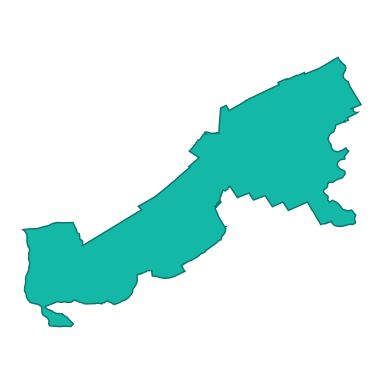 the district of Pastraveni, Neamt, Romania
{"feature_id": "2599482B84258417369440", "entity_name": "Pastraveni", "entity_type": "district", "adm_level": 2, "iso_a3": "ROU", "parent_name": "Romania", "parent_adm1": "Neamt", "projection": "robinson", "projection_center": [26.551, 47.154], "detail": "fine", "context": "isolated", "style": "filled", "palette": "teal", "viewbox_px": 384, "rotation_deg": 0, "n_neighbors": 0, "source": "geoboundaries", "source_scale": "gbopen_adm2", "svg_char_len": 5959}
<svg xmlns="http://www.w3.org/2000/svg" viewBox="0 0 384 384"><path d="M23.0,229.6L24.4,230.8L25.8,232.5L27.2,235.7L26.9,237.4L27.2,238.3L26.9,241.1L27.2,241.9L27.2,242.9L27.6,245.0L28.7,247.6L29.2,247.9L29.7,249.2L29.4,251.2L28.6,253.9L28.8,254.6L28.8,256.1L28.5,259.1L28.5,259.5L28.9,259.9L29.7,262.0L29.5,264.3L29.0,267.1L28.7,267.8L29.3,268.2L28.6,270.3L28.2,270.6L27.8,272.7L25.9,276.3L25.9,278.2L25.5,279.2L25.7,280.8L25.7,281.9L25.4,283.4L25.5,284.0L24.9,285.9L24.6,289.2L24.5,291.2L25.1,292.1L25.5,292.5L26.0,293.4L26.3,295.1L26.3,295.9L26.5,296.7L27.8,299.8L30.4,302.5L31.6,302.9L34.4,303.6L37.6,304.2L38.5,304.5L39.8,305.5L41.4,306.5L41.8,308.3L42.0,312.5L42.4,313.9L42.8,314.7L43.6,315.5L44.8,316.0L47.7,318.1L49.2,321.2L48.7,323.0L48.7,323.7L49.2,324.7L49.4,325.4L49.6,325.7L56.8,326.4L59.9,326.6L64.4,326.2L71.0,326.5L73.4,323.8L68.7,319.3L66.9,317.1L65.1,316.2L61.8,313.7L56.6,313.5L53.2,312.0L52.4,311.3L52.2,310.9L46.9,309.0L44.8,306.6L53.7,303.1L54.9,302.7L56.8,301.8L57.4,301.7L60.8,302.3L65.0,301.8L67.1,302.3L71.4,302.1L74.6,299.9L78.2,301.7L83.1,303.1L84.3,303.7L85.7,303.9L94.9,303.6L95.6,303.5L96.5,303.1L100.4,303.5L101.8,303.9L102.7,302.8L104.0,302.9L107.2,300.8L107.6,300.7L108.2,301.4L108.9,301.8L111.4,302.8L113.8,304.4L114.6,304.4L118.0,303.2L120.2,302.2L121.7,301.2L125.2,299.9L128.8,297.4L129.6,296.4L130.0,295.6L131.9,293.6L132.7,291.4L132.4,290.3L133.0,289.5L133.0,288.8L134.2,287.4L134.4,286.9L134.9,286.3L136.3,283.9L137.0,282.1L137.2,280.0L137.1,276.1L137.8,274.6L137.6,274.1L137.8,273.9L140.5,274.1L143.7,272.5L145.6,271.9L146.8,271.0L147.7,270.7L150.1,270.6L151.8,270.7L151.8,271.3L151.9,273.3L152.3,275.1L152.3,276.0L156.8,276.4L160.0,277.5L162.0,277.9L165.9,278.2L168.6,278.1L173.6,276.7L178.4,274.5L182.4,272.4L184.9,271.4L181.3,265.6L188.7,261.2L192.8,259.6L194.8,258.2L196.0,257.7L197.3,256.8L199.3,255.4L199.5,254.8L201.4,253.5L203.8,252.6L205.0,251.8L205.6,251.1L205.7,250.7L216.3,243.0L217.4,241.8L218.5,241.0L220.5,239.6L220.9,239.8L221.7,236.8L224.5,233.3L225.2,231.7L225.3,231.0L225.9,228.6L224.7,227.5L225.6,226.8L224.9,226.9L224.5,226.6L219.4,218.1L218.1,215.6L217.4,213.5L215.8,210.3L215.1,208.5L215.4,208.3L215.5,207.8L214.9,206.7L215.5,206.8L216.1,207.4L216.4,207.4L216.9,206.6L216.8,206.1L216.3,205.8L216.0,205.5L216.5,205.3L217.4,205.7L217.9,205.5L218.3,205.0L218.2,204.6L216.8,203.4L216.9,203.1L217.6,203.0L218.6,203.8L219.4,203.9L219.8,203.6L219.7,203.4L218.9,202.6L218.3,202.5L218.4,202.3L219.0,201.8L220.1,202.3L220.7,202.4L220.9,202.2L220.8,201.7L220.4,200.8L219.7,200.4L220.0,199.6L219.9,199.1L220.1,197.8L220.5,197.2L220.4,196.7L220.6,196.4L220.7,195.7L221.2,195.3L221.3,194.0L221.5,193.8L221.5,193.6L222.1,192.9L222.1,192.4L222.6,191.8L222.5,191.4L223.1,190.2L223.5,190.1L224.2,190.7L224.7,190.9L225.8,190.7L226.0,190.0L226.6,189.9L227.8,189.1L227.8,188.2L228.5,187.4L228.8,187.3L229.0,186.6L229.4,186.1L229.9,186.1L231.0,187.9L237.4,197.6L249.2,193.0L250.5,195.6L251.9,197.8L253.6,200.0L265.1,195.6L272.4,206.7L282.9,202.0L288.4,210.4L307.5,202.0L311.3,208.9L312.3,210.5L312.5,210.4L320.8,224.6L322.4,223.9L325.6,223.7L331.4,221.4L331.8,222.4L332.4,223.4L334.1,225.1L335.7,225.8L337.0,226.1L339.6,226.4L342.6,226.2L349.4,224.4L350.4,224.2L350.7,224.4L351.9,224.4L352.4,224.5L353.3,224.3L355.3,223.0L355.6,222.6L354.6,219.5L354.6,218.7L354.9,217.2L355.8,215.0L354.5,213.8L352.4,210.8L351.4,210.1L350.8,210.1L348.6,210.9L348.0,210.9L343.1,209.5L341.2,207.4L340.1,205.7L338.4,203.8L336.7,202.4L333.8,201.1L332.8,200.2L329.1,202.5L329.4,202.0L329.1,201.4L328.0,200.3L327.7,199.4L328.1,197.2L328.0,196.4L327.8,196.0L325.4,194.2L323.9,192.5L323.5,191.7L323.4,190.8L323.8,190.0L324.4,189.4L326.7,187.8L327.6,186.3L327.5,185.0L327.7,184.4L328.6,182.3L330.1,182.4L331.4,182.2L333.2,182.1L336.1,180.0L337.0,179.6L342.0,177.9L342.7,177.3L344.9,174.4L345.0,171.8L344.5,171.1L344.1,170.7L340.3,169.0L339.7,168.5L338.4,167.1L337.5,165.7L337.3,163.9L337.9,162.1L340.0,160.0L341.6,159.5L344.9,159.0L344.7,156.9L344.8,155.9L345.6,154.8L346.5,154.0L347.1,152.9L348.6,151.3L348.7,151.0L347.6,150.5L347.0,149.8L345.9,147.9L341.7,150.6L340.6,150.6L339.0,151.6L336.4,151.7L334.7,151.1L333.0,150.1L331.9,148.6L331.4,147.4L331.1,145.6L331.1,144.8L330.5,143.7L329.0,141.8L328.5,140.8L328.2,138.7L328.6,136.7L329.7,134.6L330.6,133.7L333.8,131.6L334.2,131.1L334.2,129.9L334.6,129.1L335.3,128.3L335.7,125.1L343.5,122.0L343.7,122.3L345.2,121.9L344.7,120.7L346.4,120.9L348.4,120.3L347.9,119.3L347.4,117.7L356.0,113.6L357.7,112.4L356.4,112.5L355.2,112.2L353.2,111.0L353.1,109.1L352.9,108.7L352.1,108.5L349.9,108.6L352.2,108.1L361.0,104.7L360.0,102.8L359.4,102.0L349.7,86.1L348.2,81.7L345.6,80.1L343.9,78.3L343.7,77.8L343.1,76.3L343.1,75.0L343.6,73.6L345.4,70.2L345.7,68.9L345.8,67.6L345.4,65.7L343.4,64.2L340.2,60.9L339.2,59.7L338.0,57.4L332.6,60.3L332.8,60.5L318.9,68.5L304.9,74.1L304.5,72.5L297.4,75.8L296.9,75.2L288.0,79.3L287.7,78.7L285.9,79.6L285.7,79.2L277.9,82.4L279.2,84.7L272.3,87.8L252.9,97.1L250.2,98.2L246.8,100.3L246.4,100.1L245.2,101.1L241.1,103.9L239.1,104.9L229.1,110.5L226.2,105.5L220.7,108.0L219.3,125.1L219.0,130.6L219.0,133.6L216.8,132.5L216.1,133.0L216.1,133.4L215.9,133.5L214.6,133.1L211.6,133.5L209.3,132.8L208.4,132.3L205.4,131.9L204.8,132.4L205.3,133.1L206.1,133.8L204.5,133.9L203.6,134.1L203.0,134.8L202.6,135.7L200.9,138.0L200.1,139.4L199.4,139.9L198.0,140.1L197.5,141.2L195.9,143.0L195.3,144.2L191.9,148.4L189.3,151.2L199.1,157.7L188.8,166.6L190.0,167.2L179.7,175.9L179.9,176.0L172.8,182.2L172.6,182.1L166.7,187.3L157.1,195.1L155.3,196.5L147.8,201.0L138.3,206.3L141.6,209.8L82.6,245.7L82.6,241.2L81.0,239.7L79.6,238.9L79.8,238.3L79.5,235.3L79.3,234.0L77.6,233.1L76.6,232.1L76.8,231.6L76.5,231.3L76.7,230.1L75.9,229.0L75.5,227.8L74.4,225.9L73.1,222.5L65.2,222.8L62.3,222.8L58.4,222.5L56.2,222.7L53.0,223.4L51.8,223.9L50.0,224.9L47.1,226.0L46.9,226.2L45.7,226.2L43.9,226.7L43.3,226.7L42.7,227.0L39.8,227.8L37.7,228.6L29.4,228.9L23.0,229.6Z" fill="#14b8a6" stroke="#0f766e" stroke-width="1.5"/></svg>